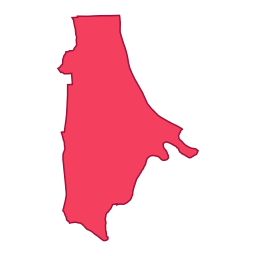 Semlac, Arad, Romania
{"feature_id": "2599482B97357966880497", "entity_name": "Semlac", "entity_type": "district", "adm_level": 2, "iso_a3": "ROU", "parent_name": "Romania", "parent_adm1": "Arad", "projection": "orthographic", "projection_center": [20.923, 46.147], "detail": "fine", "context": "isolated", "style": "filled", "palette": "rose", "viewbox_px": 256, "rotation_deg": 0, "n_neighbors": 0, "source": "geoboundaries", "source_scale": "gbopen_adm2", "svg_char_len": 5059}
<svg xmlns="http://www.w3.org/2000/svg" viewBox="0 0 256 256"><path d="M108.4,237.5L106.5,236.3L106.5,235.7L106.5,234.9L106.2,233.0L106.2,231.8L105.8,231.2L105.7,230.4L105.6,229.3L105.5,227.4L105.5,226.5L105.5,225.2L105.6,224.6L105.8,223.5L105.9,223.3L106.0,222.9L105.8,222.5L105.7,221.8L105.5,220.6L105.3,219.8L105.3,219.0L105.3,218.3L105.6,217.4L105.7,216.6L105.8,215.7L106.0,214.8L106.1,214.4L106.6,213.3L107.4,212.4L107.9,212.1L108.3,211.8L109.0,210.7L109.6,209.9L110.5,208.9L111.0,208.1L111.4,207.3L112.1,205.6L112.3,205.2L112.7,204.6L113.5,204.4L114.3,204.2L115.2,204.2L116.5,203.8L116.8,203.8L116.6,204.2L116.5,204.5L116.7,205.0L117.4,204.6L118.5,204.3L119.8,204.1L121.4,204.2L123.4,204.2L124.2,204.1L125.4,203.5L126.4,203.0L127.3,202.4L128.8,201.1L129.7,200.4L130.9,198.9L131.4,197.8L131.9,196.2L132.4,195.0L132.7,194.0L132.7,192.9L132.8,191.7L133.1,190.8L133.3,189.3L133.6,188.7L133.8,187.7L134.1,186.5L134.8,184.6L134.9,184.3L135.0,184.0L135.1,183.6L135.1,183.2L135.5,182.5L136.2,180.2L136.7,178.9L137.1,178.3L137.5,177.8L138.0,176.9L138.6,176.2L139.1,175.3L139.5,174.5L140.2,173.4L140.5,173.0L140.8,172.6L141.4,171.6L141.4,171.2L142.0,170.4L142.3,169.9L143.2,168.8L143.7,167.9L143.8,167.3L144.0,166.8L144.4,166.1L145.0,165.3L145.3,164.7L145.6,164.1L145.6,163.4L146.0,162.2L146.6,160.0L147.1,158.8L147.7,158.0L149.2,156.7L149.6,156.4L150.3,156.0L151.0,155.8L151.9,155.6L153.7,155.5L155.1,155.8L156.7,156.2L157.7,156.4L158.5,156.7L159.7,157.7L160.4,158.6L161.1,159.2L161.8,159.7L162.4,160.0L163.1,160.3L164.4,160.3L165.2,160.1L165.9,159.9L166.5,159.8L167.1,159.4L167.9,158.7L168.4,157.7L168.5,157.2L168.4,156.4L168.2,155.3L167.7,154.4L167.3,153.5L166.9,152.1L166.4,151.2L165.8,150.2L165.3,149.6L164.5,148.8L164.3,148.6L164.1,148.3L163.8,147.7L163.5,146.7L163.4,145.9L163.3,144.8L163.2,144.3L163.2,143.8L163.5,143.3L164.1,142.9L165.3,142.1L166.1,142.0L167.2,142.1L169.2,142.8L171.6,143.9L172.8,144.7L174.7,145.7L175.8,146.3L177.1,147.7L178.4,148.6L178.7,149.7L179.5,151.3L180.0,152.1L181.3,153.0L182.2,153.8L184.3,154.9L185.1,155.2L185.9,155.9L186.8,156.4L187.7,156.9L188.7,157.5L189.4,157.8L190.4,157.6L191.1,157.4L191.7,157.0L192.1,156.7L192.9,156.3L193.4,156.1L193.8,155.6L194.9,155.0L196.1,154.6L196.9,153.6L197.1,153.0L197.6,152.1L197.6,151.3L197.9,151.2L198.1,150.7L197.4,150.2L196.8,149.7L196.0,149.0L195.1,148.8L193.1,148.5L190.8,148.0L189.2,147.3L186.9,146.0L184.9,144.7L183.2,143.0L181.9,141.4L180.8,140.5L179.2,139.0L178.8,137.4L178.6,135.5L179.2,133.9L180.2,132.3L180.4,131.6L180.6,131.0L181.5,129.7L182.2,129.4L182.9,129.1L182.2,129.2L181.7,128.6L176.5,125.6L172.1,123.6L165.9,120.2L160.1,116.8L157.9,115.2L151.2,108.4L147.5,103.8L145.8,100.1L145.1,98.6L143.5,95.0L142.6,92.9L140.4,89.1L138.2,85.2L135.5,80.4L134.6,78.9L134.3,78.2L133.3,76.1L132.5,74.7L130.0,68.7L129.5,67.3L128.5,63.2L127.7,58.1L126.6,53.2L125.5,49.3L124.7,46.8L123.2,42.6L122.2,39.3L121.1,35.7L120.6,33.9L120.1,31.9L120.1,31.1L120.1,28.5L120.1,27.6L120.1,26.9L120.2,25.5L120.2,22.2L120.2,21.9L120.1,21.4L119.9,19.2L119.8,17.3L119.7,16.9L119.6,16.5L119.5,15.4L109.4,15.7L101.5,15.7L93.2,16.0L88.3,16.3L86.5,16.3L79.2,16.2L78.7,16.2L77.4,16.2L77.5,16.8L77.6,17.3L72.1,17.6L73.5,20.1L74.3,24.7L75.4,29.2L75.8,34.3L76.5,36.3L76.6,37.5L76.6,38.2L76.2,39.9L76.3,40.3L76.5,43.1L76.6,45.0L75.8,46.5L74.6,47.8L74.3,48.2L74.1,48.7L73.9,49.2L73.8,49.7L73.4,50.2L73.1,50.5L72.7,50.6L69.2,50.9L68.9,51.1L68.8,51.3L68.5,51.5L67.8,51.6L65.9,51.8L65.9,52.2L65.8,52.7L65.6,53.1L65.3,53.7L65.2,54.1L64.9,54.6L64.4,55.2L64.0,55.7L63.9,55.9L63.3,58.1L62.8,59.4L62.8,60.6L62.6,63.1L62.5,64.0L62.5,64.4L62.2,64.6L61.9,64.8L61.5,65.1L61.2,65.4L60.8,65.9L60.2,66.8L59.9,67.2L59.1,67.7L58.4,68.2L57.9,68.4L60.7,72.4L61.1,72.4L62.3,72.3L64.2,73.8L68.6,73.7L70.5,73.5L71.6,73.4L72.4,84.4L67.6,84.7L67.6,94.5L67.1,105.7L66.6,114.3L66.2,118.2L65.7,122.1L64.3,132.2L61.8,132.0L61.3,132.4L62.4,135.6L63.4,139.9L64.2,141.7L64.6,146.1L65.0,149.0L63.1,153.9L63.0,156.5L63.0,158.9L63.1,160.6L63.5,164.0L64.0,169.3L64.5,173.9L64.7,176.4L65.1,179.9L65.5,184.0L65.8,187.9L66.0,189.9L66.2,191.6L66.2,192.0L66.3,193.3L66.3,194.5L66.2,196.0L65.9,197.3L65.5,200.1L65.0,202.3L64.7,203.5L64.1,205.9L63.7,207.7L63.3,209.0L63.1,209.9L63.0,210.5L63.0,210.8L63.0,211.0L63.3,211.3L63.7,211.6L63.9,211.9L64.2,212.3L64.4,212.8L64.7,213.9L65.2,215.1L65.5,215.8L66.1,217.0L66.2,217.3L66.3,217.4L66.4,218.5L66.6,219.4L67.1,220.5L67.7,220.9L68.0,221.1L68.8,221.3L69.5,223.1L71.3,222.7L73.8,222.4L74.6,222.2L76.5,222.4L78.0,222.8L80.4,223.1L81.8,224.0L82.7,224.7L83.0,225.1L83.5,225.5L83.9,225.8L84.3,226.2L84.7,226.8L84.9,227.1L85.5,227.7L85.8,228.1L86.5,228.7L87.1,229.2L87.4,229.4L87.8,229.6L88.5,229.8L89.5,230.3L90.0,230.6L90.7,231.0L91.4,231.3L91.8,231.6L92.8,232.3L93.3,232.8L94.1,233.6L94.5,233.9L95.4,234.5L96.5,235.3L97.7,236.0L98.0,236.3L100.0,237.9L101.2,238.9L102.1,239.6L102.8,240.1L103.4,240.4L103.8,240.6L104.3,240.6L104.9,240.6L105.4,240.5L106.0,240.3L106.9,240.0L107.4,239.6L107.6,239.4L107.8,239.1L108.0,238.8L108.0,238.5L108.0,237.4L108.4,237.5Z" fill="#f43f5e" stroke="#9f1239" stroke-width="1.5"/></svg>